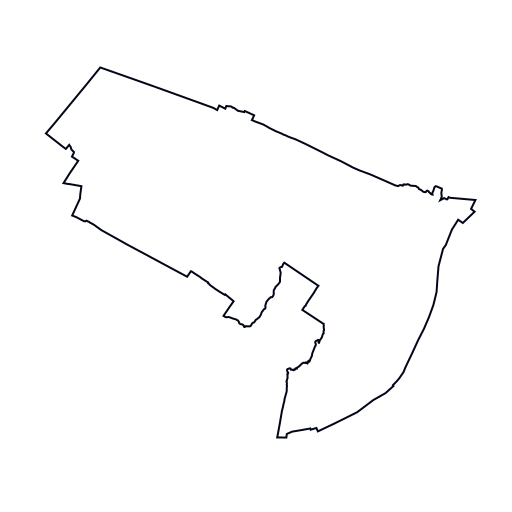 Ciupercenii Noi, Dolj, Romania (Mercator projection), rotated 273°
{"feature_id": "2599482B10348373605310", "entity_name": "Ciupercenii Noi", "entity_type": "district", "adm_level": 2, "iso_a3": "ROU", "parent_name": "Romania", "parent_adm1": "Dolj", "projection": "mercator", "projection_center": [22.919, 43.888], "detail": "fine", "context": "isolated", "style": "outline", "palette": "ink", "viewbox_px": 512, "rotation_deg": 273, "n_neighbors": 0, "source": "geoboundaries", "source_scale": "gbopen_adm2", "svg_char_len": 6103}
<svg xmlns="http://www.w3.org/2000/svg" viewBox="0 0 512 512"><g transform="rotate(273 256 256)"><path d="M401.7,205.6L420.8,142.5L436.1,90.6L417.4,77.0L390.6,57.2L377.5,47.5L367.4,39.8L355.5,56.7L353.0,60.5L355.1,62.1L357.2,63.6L356.8,63.9L355.9,64.7L355.2,65.2L354.2,65.6L353.5,65.7L352.8,66.1L351.2,67.7L350.3,68.8L349.8,68.7L349.2,68.6L345.6,67.0L341.8,73.5L328.6,65.5L318.7,60.0L318.4,62.2L318.1,64.4L318.1,65.6L316.6,78.0L308.6,77.3L304.1,77.2L286.8,70.3L285.5,74.3L281.7,82.5L281.7,83.7L282.4,84.7L282.1,85.5L281.6,86.5L281.4,87.5L280.4,88.8L279.8,90.4L278.6,92.7L273.8,100.1L260.9,126.3L231.7,188.3L234.0,189.7L237.4,191.8L236.9,193.0L235.4,195.4L232.3,200.9L230.7,203.2L229.0,206.1L227.6,208.6L227.1,209.6L226.8,209.5L226.4,209.5L226.1,209.8L225.6,210.6L224.3,212.0L221.8,215.9L221.2,216.7L217.9,222.4L215.5,226.9L216.1,227.3L210.2,235.3L209.6,236.0L203.8,232.3L194.5,226.7L193.7,228.1L193.3,229.2L193.3,229.8L193.4,230.4L193.6,231.5L193.6,231.9L193.4,233.0L192.4,236.0L191.7,239.2L191.4,239.7L190.8,241.0L190.5,241.5L189.8,242.0L188.6,242.6L187.7,243.1L187.2,244.0L187.1,244.6L186.9,246.1L186.0,247.3L185.6,247.6L185.0,247.6L184.5,248.1L184.7,248.9L185.3,249.3L185.5,249.7L185.3,250.4L185.3,251.1L185.4,251.8L185.4,253.1L185.4,253.5L185.6,254.0L186.0,254.4L187.1,255.0L188.3,255.6L188.7,255.9L189.2,256.5L189.6,257.5L189.8,257.7L190.4,258.1L191.8,258.9L192.3,259.2L192.8,259.9L193.1,260.4L193.6,260.9L193.9,261.2L194.5,261.9L194.8,262.3L195.4,262.8L197.8,264.0L199.0,264.3L200.3,264.7L201.3,265.5L202.3,266.1L202.8,266.4L203.4,266.9L203.7,267.5L203.9,267.8L204.2,267.9L204.8,268.2L205.4,268.2L205.9,268.0L206.7,267.9L207.9,268.1L209.8,268.6L211.0,268.9L214.0,271.2L214.6,271.8L214.8,272.2L215.5,272.7L215.7,273.0L215.7,274.0L215.9,274.4L216.6,274.9L217.1,275.2L218.2,275.6L219.1,275.7L221.8,275.5L222.1,275.5L223.1,275.7L223.4,275.9L224.7,276.6L225.5,276.9L225.9,277.0L226.3,277.3L228.4,279.2L229.3,279.9L229.8,280.3L231.1,281.1L231.9,281.3L236.0,281.1L238.2,281.4L239.7,281.4L240.3,281.5L240.7,281.5L245.1,280.0L245.7,280.5L246.1,281.2L246.4,281.7L246.4,282.2L246.5,282.5L247.1,282.8L247.7,283.0L248.9,283.4L250.0,283.9L250.8,284.6L229.5,319.9L227.0,318.2L223.6,316.4L221.7,315.4L214.6,311.0L211.2,309.1L210.1,308.5L209.3,308.3L208.8,308.1L208.5,307.4L208.1,307.1L204.6,305.1L191.8,326.9L191.8,327.1L190.9,327.1L190.3,327.3L189.6,327.4L188.7,327.3L187.7,327.4L186.0,327.8L185.6,327.8L184.3,327.4L183.0,327.5L182.2,327.6L181.6,326.9L181.3,326.8L181.0,326.7L180.2,326.5L179.3,326.3L177.9,325.9L175.9,324.6L175.1,324.1L173.3,323.7L172.6,323.4L172.7,323.1L173.0,323.0L173.7,323.0L174.3,323.1L174.9,323.2L175.4,322.8L175.4,322.3L175.0,321.7L174.4,320.6L174.0,320.0L173.5,319.7L173.1,319.7L172.4,319.8L170.8,320.4L170.5,320.4L170.1,320.3L169.6,320.2L168.7,319.6L164.0,318.1L162.7,317.6L161.6,317.3L159.6,317.1L158.8,316.9L155.7,315.6L155.3,315.5L153.5,315.0L153.3,314.7L153.7,314.3L154.0,314.0L153.7,313.7L153.4,313.5L152.3,313.4L151.7,313.2L151.4,313.0L151.7,312.2L152.4,311.5L152.1,311.1L151.8,310.9L151.8,310.3L152.0,309.4L151.2,307.7L147.9,304.7L146.7,302.9L146.1,302.9L145.6,302.6L146.0,301.8L145.9,301.5L145.6,301.2L144.9,301.0L144.8,300.9L144.6,300.8L144.7,300.0L144.6,299.9L144.1,299.9L143.9,299.6L143.9,299.3L144.2,299.0L144.3,298.8L144.3,298.4L144.2,298.2L144.4,297.6L144.4,297.2L144.4,296.9L144.4,296.7L144.9,296.5L145.4,296.3L145.6,295.9L145.6,295.5L145.2,294.4L144.7,293.4L144.4,293.1L143.9,293.0L143.4,293.0L142.9,293.1L142.3,293.5L141.9,293.5L141.0,294.3L140.6,294.2L140.1,293.7L139.3,293.5L139.1,293.8L138.9,293.8L138.0,293.7L136.7,293.8L135.9,293.9L135.3,293.8L134.8,293.6L134.0,293.4L133.7,293.3L133.0,293.3L132.8,293.2L132.6,293.1L132.3,293.0L131.9,293.3L131.4,293.3L129.9,293.6L129.1,293.4L128.6,293.5L128.2,293.7L127.9,293.8L127.2,293.7L125.8,293.6L124.3,293.7L123.3,293.7L122.4,293.7L121.2,293.5L119.7,293.1L117.7,292.7L115.3,292.1L113.0,291.9L112.2,291.8L108.4,291.0L107.7,291.0L102.6,290.0L90.4,288.6L75.9,286.7L76.3,295.8L79.9,296.1L82.5,301.3L84.9,312.1L86.6,319.3L85.4,319.7L87.4,325.3L84.1,327.0L93.6,344.5L105.3,365.2L118.3,380.7L125.9,392.6L133.4,400.1L134.2,399.5L138.6,403.4L141.6,405.6L147.8,409.4L152.5,411.0L168.0,417.4L180.4,422.3L192.0,427.5L204.2,432.0L216.3,435.7L229.5,438.2L242.3,438.4L255.3,438.8L272.8,442.4L277.0,445.0L277.3,445.1L292.7,450.3L302.8,456.0L299.8,460.8L311.7,472.0L314.3,468.3L323.4,472.2L324.3,446.7L324.9,445.2L323.9,444.7L323.2,444.5L322.6,444.0L322.5,443.8L322.6,443.1L323.0,442.6L323.2,441.8L323.7,440.8L323.5,440.4L323.2,440.1L322.4,438.9L322.3,438.6L321.4,437.1L322.6,437.6L324.0,438.1L325.3,438.4L326.3,438.2L327.6,437.9L329.2,437.8L330.5,438.0L331.5,438.2L332.3,438.1L333.0,438.0L335.2,432.0L334.9,431.6L334.5,431.0L334.1,430.7L333.4,430.4L332.2,430.2L331.0,429.8L330.5,429.7L329.8,429.5L328.8,429.0L328.3,428.9L326.9,428.9L326.6,429.0L326.7,428.5L326.7,428.2L327.1,427.5L327.9,426.7L328.8,425.4L329.7,424.9L330.2,424.0L330.0,423.0L328.7,422.2L328.6,421.2L328.8,420.1L329.2,419.2L330.0,418.2L330.5,417.3L330.8,417.1L331.0,416.4L331.3,415.5L331.6,415.1L332.0,414.9L332.5,414.7L332.9,414.3L333.1,414.0L333.1,413.6L333.4,413.1L333.8,412.6L334.2,412.0L334.3,411.2L334.3,409.6L334.3,407.3L334.4,406.6L334.6,406.2L335.0,405.5L335.5,404.5L335.6,403.7L335.6,403.2L335.2,402.6L335.2,401.9L335.1,401.7L335.1,400.9L335.1,400.7L335.3,400.0L335.3,399.8L335.2,399.6L334.7,399.5L334.3,399.3L334.1,399.2L333.9,398.9L333.9,398.7L334.2,398.4L334.3,398.0L334.3,397.8L334.2,397.4L334.2,397.1L334.3,396.8L334.3,396.1L334.2,395.7L333.2,394.2L333.8,391.4L343.4,366.0L346.8,355.1L349.4,348.2L355.1,335.9L360.1,323.2L363.0,316.8L370.3,300.0L374.5,289.6L375.7,285.7L376.4,283.4L377.1,281.3L377.6,280.3L378.2,278.8L378.7,276.9L379.2,276.0L379.5,275.4L380.6,272.3L381.8,268.9L384.7,262.3L386.0,259.9L387.8,256.1L390.2,248.3L391.5,244.8L396.4,246.8L398.9,240.5L400.2,237.2L399.1,236.7L400.1,230.3L402.5,226.7L402.7,226.4L402.9,225.9L402.9,225.5L402.9,224.9L403.3,224.4L403.7,224.0L404.0,223.3L404.1,222.2L404.1,221.3L404.1,220.5L404.2,219.2L404.2,218.5L401.5,217.6L404.3,211.4L399.7,209.6L401.7,205.6Z" fill="none" stroke="#020617" stroke-width="2"/></g></svg>